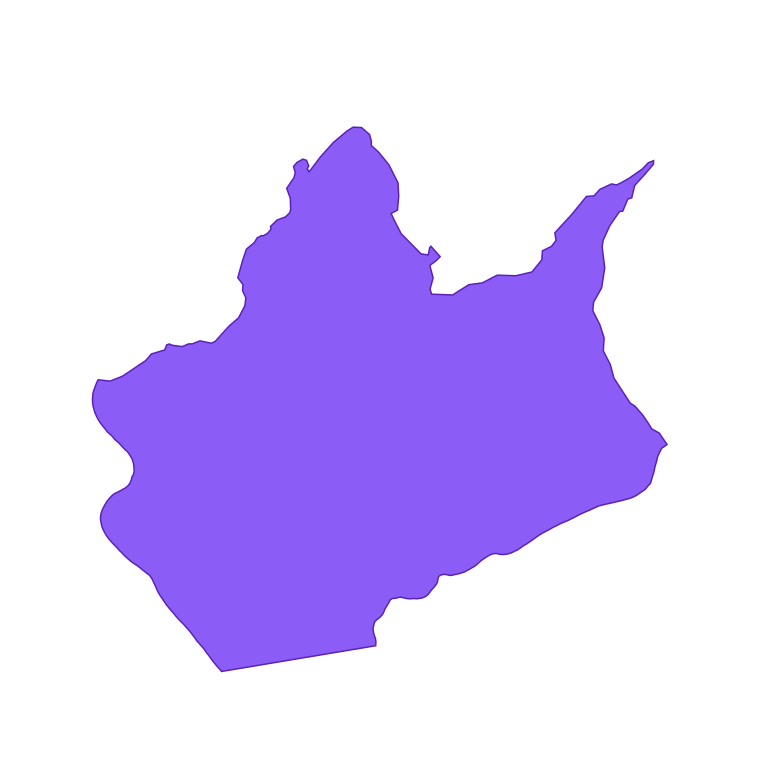 the district of Honeymoon Beach, Saint Lucia, rotated 261°
{"feature_id": "8701671B64660107039204", "entity_name": "Honeymoon Beach", "entity_type": "district", "adm_level": 2, "iso_a3": "LCA", "parent_name": "Saint Lucia", "parent_adm1": "", "projection": "natural_earth1", "projection_center": [-60.906, 13.777], "detail": "fine", "context": "isolated", "style": "filled", "palette": "violet", "viewbox_px": 768, "rotation_deg": 261, "n_neighbors": 0, "source": "geoboundaries", "source_scale": "gbopen_adm2", "svg_char_len": 6097}
<svg xmlns="http://www.w3.org/2000/svg" viewBox="0 0 768 768"><g transform="rotate(261 384 384)"><path d="M125.5,178.5L126.8,334.9L128.7,335.2L130.5,335.7L132.3,335.7L134.2,335.7L137.9,335.0L139.7,334.8L141.6,334.8L143.4,334.8L145.1,335.2L148.7,336.7L150.4,337.6L151.7,339.0L152.7,340.8L153.7,342.6L154.9,344.4L156.1,345.9L157.6,347.2L159.0,348.2L160.9,349.3L162.5,350.5L164.1,351.9L165.5,353.0L166.9,354.2L170.0,356.6L170.8,358.6L170.7,360.6L170.6,362.7L170.9,364.8L170.9,366.0L170.8,367.1L170.2,368.9L169.2,371.2L168.4,373.5L168.0,374.9L167.6,377.0L167.6,379.0L167.1,381.1L166.7,383.1L166.7,385.3L166.6,387.5L167.0,389.7L167.5,391.2L167.9,392.3L168.5,393.5L169.7,395.2L171.4,396.9L172.8,398.4L174.2,400.0L175.4,401.6L176.7,403.1L178.1,404.4L179.7,405.6L183.1,406.9L184.9,407.5L185.7,408.5L186.6,411.0L186.6,413.5L186.0,415.8L185.4,417.2L184.6,419.3L184.4,421.4L184.7,423.5L184.9,427.6L185.0,429.7L185.5,432.1L185.8,434.3L186.7,436.5L187.3,438.5L188.1,440.4L189.0,442.8L189.8,444.9L190.8,446.7L191.8,448.5L193.0,450.1L195.1,453.7L196.0,455.7L197.5,459.0L198.4,461.4L199.2,464.3L199.2,466.4L199.0,468.5L198.2,470.4L197.5,472.3L197.0,474.6L196.8,476.6L196.7,478.7L196.9,480.8L197.2,483.1L197.9,485.4L198.5,487.2L199.0,489.4L199.9,491.3L200.8,493.3L202.0,495.6L202.9,497.6L203.6,499.6L204.6,501.6L205.5,503.6L206.5,505.6L210.6,513.8L212.2,518.0L213.0,520.1L213.7,522.5L215.3,526.8L216.1,528.9L217.4,533.3L218.0,535.0L218.7,537.3L220.2,543.5L220.8,545.6L222.7,551.6L224.0,555.4L224.8,557.9L226.6,564.5L227.0,566.5L227.7,568.7L228.8,572.9L229.3,574.6L230.0,577.3L230.2,579.6L230.4,581.7L230.6,583.8L230.7,585.9L230.8,588.2L231.1,592.6L231.3,594.7L231.7,600.8L232.0,603.4L232.3,606.2L232.8,609.9L233.4,612.5L233.8,613.9L234.3,615.3L234.8,616.6L235.4,617.9L237.4,621.9L238.2,623.8L239.1,625.6L240.6,627.2L242.0,628.7L243.1,630.3L244.4,631.8L248.4,633.6L250.0,634.4L253.4,636.1L255.2,636.9L260.5,639.0L263.9,640.6L265.6,641.4L267.4,642.1L268.5,642.5L270.9,643.8L272.3,644.7L273.0,645.3L274.2,646.1L276.0,647.3L277.4,648.7L278.2,650.6L279.0,652.3L280.0,654.1L292.5,648.2L297.8,641.4L303.0,639.3L313.0,634.6L322.9,628.4L326.4,624.3L353.9,612.0L367.7,610.6L382.3,605.8L395.2,608.6L408.6,606.5L423.8,601.7L432.0,603.8L444.9,614.0L464.2,620.2L485.2,620.9L491.6,622.9L505.1,631.8L517.4,643.5L517.4,646.9L528.5,653.7L529.1,657.8L540.8,662.6L550.1,674.2L558.9,684.5L562.4,685.2L561.2,679.7L556.0,672.9L549.0,658.5L545.4,648.9L544.3,644.8L546.0,640.0L542.5,627.7L537.0,620.9L537.6,613.3L522.3,596.2L506.6,576.4L499.0,576.4L493.7,570.9L490.8,561.3L482.0,559.3L471.5,547.7L470.3,531.2L473.8,512.8L468.5,497.0L468.8,483.3L461.2,465.6L465.3,445.0L470.6,444.4L481.1,449.1L494.0,447.8L497.5,454.6L501.0,459.4L512.7,451.9L511.5,450.5L504.5,447.8L506.8,440.9L529.7,424.5L544.3,419.7L551.3,417.7L553.6,424.5L567.1,427.9L580.5,429.3L599.8,423.1L613.9,414.9L621.5,408.8L625.6,409.5L632.6,408.8L640.8,401.9L642.5,393.7L639.6,386.9L630.5,371.8L618.3,356.8L607.7,345.8L605.4,343.1L607.1,342.4L608.3,341.7L611.2,343.8L617.1,342.4L618.8,339.0L616.5,332.8L613.0,328.7L606.6,329.4L601.9,327.4L592.5,318.5L582.0,320.5L570.9,319.1L568.0,317.8L564.5,313.0L562.7,304.1L557.4,296.6L554.5,296.6L551.0,292.5L549.2,287.7L549.8,286.3L548.1,281.5L544.0,278.1L538.7,269.2L528.2,263.7L511.8,256.2L504.2,260.3L498.4,258.9L490.8,261.0L483.2,258.9L472.1,250.7L465.3,239.8L452.5,224.0L451.3,219.9L455.4,209.0L453.6,200.8L454.2,197.4L452.5,190.5L455.4,180.9L457.1,178.2L456.6,175.5L451.9,172.7L450.1,159.0L444.3,152.2L442.5,148.1L432.6,126.9L429.7,113.9L432.9,102.3L431.6,101.4L431.0,100.9L429.0,99.7L427.6,98.8L426.8,98.5L425.4,97.6L424.6,97.2L422.5,96.0L420.2,95.1L418.6,94.6L417.9,94.6L416.8,94.2L415.2,93.8L414.3,93.7L413.6,93.5L412.8,93.5L412.1,93.4L411.3,93.3L410.5,93.2L409.8,93.3L409.0,93.2L406.3,93.3L402.8,93.7L402.1,93.9L401.2,93.9L399.6,94.4L398.8,94.5L398.0,94.8L397.3,94.9L395.8,95.4L395.0,95.7L393.5,96.2L391.9,96.9L391.1,97.2L389.7,97.9L387.5,99.1L385.7,100.1L382.5,102.0L380.4,103.0L379.7,103.5L379.0,104.0L378.4,104.6L375.1,107.2L373.4,108.2L372.6,108.7L371.8,109.2L371.0,109.7L369.7,110.8L369.0,111.4L367.2,113.0L366.5,113.4L365.8,113.8L365.1,114.3L363.0,115.7L361.7,116.6L361.0,117.0L359.8,117.9L357.6,119.7L356.9,120.1L355.6,121.0L354.8,121.2L351.9,122.5L349.7,123.4L347.5,123.7L346.7,123.9L345.8,124.0L345.0,124.1L343.1,124.1L340.7,124.0L339.9,123.9L336.5,123.5L333.4,122.1L332.8,121.6L332.2,120.9L331.5,120.5L330.6,120.2L329.1,119.5L327.8,118.7L327.0,118.3L326.4,117.9L325.7,117.4L324.5,116.2L323.9,115.6L323.3,114.8L322.9,114.2L322.4,113.4L321.6,111.7L321.3,111.0L320.8,109.3L320.0,107.5L319.7,106.5L319.4,105.7L319.1,104.9L318.9,104.0L318.3,102.0L318.0,101.1L317.3,99.4L316.9,98.7L314.9,96.0L313.7,94.6L312.3,93.0L310.3,91.0L309.7,90.5L308.8,89.8L306.7,88.2L306.1,87.7L304.6,86.7L304.0,86.2L302.6,85.4L301.9,85.0L299.0,83.8L296.6,83.1L295.0,82.9L294.2,82.8L292.2,82.8L291.4,82.9L289.7,82.9L287.9,83.1L287.1,83.2L286.3,83.3L285.6,83.5L284.6,83.7L281.1,84.8L278.6,85.7L277.1,86.4L274.0,88.0L273.1,88.5L271.4,89.7L270.6,90.1L269.8,90.6L267.1,92.5L266.4,93.0L265.8,93.5L261.0,96.6L258.4,98.6L257.7,99.0L254.3,101.4L251.5,103.7L248.7,106.0L247.4,107.3L246.1,108.6L245.6,109.2L245.1,109.8L244.4,110.5L243.2,111.9L241.8,113.2L240.5,114.4L238.7,116.0L237.8,116.8L236.4,118.1L234.5,119.8L233.8,120.4L232.0,122.3L231.3,122.7L228.9,123.9L226.5,124.8L224.0,125.5L223.3,125.8L222.5,125.9L221.6,126.2L220.9,126.3L220.0,126.7L219.2,126.9L218.2,127.1L215.8,127.7L213.9,128.3L212.4,128.8L211.7,129.1L209.4,130.1L206.3,131.6L203.3,133.0L202.6,133.3L200.5,134.3L199.0,135.1L198.2,135.6L197.4,136.0L195.3,137.2L194.6,137.7L191.8,139.4L190.4,140.3L188.6,141.4L186.9,142.3L185.6,143.2L184.1,144.1L182.1,145.5L180.8,146.4L179.5,147.4L178.1,148.4L171.9,152.4L170.3,153.3L169.4,153.8L168.0,154.7L167.0,155.2L165.4,156.0L162.4,157.7L161.6,158.0L159.3,159.1L158.0,160.0L156.7,160.9L155.3,161.7L152.5,163.5L151.0,164.4L148.5,165.6L146.9,166.5L145.9,166.9L143.7,168.2L139.3,170.4L138.5,170.9L137.7,171.2L135.5,172.5L133.9,173.4L133.3,173.8L132.6,174.1L127.7,177.3L126.2,178.2L125.5,178.5Z" fill="#8b5cf6" stroke="#5b21b6" stroke-width="1.5"/></g></svg>